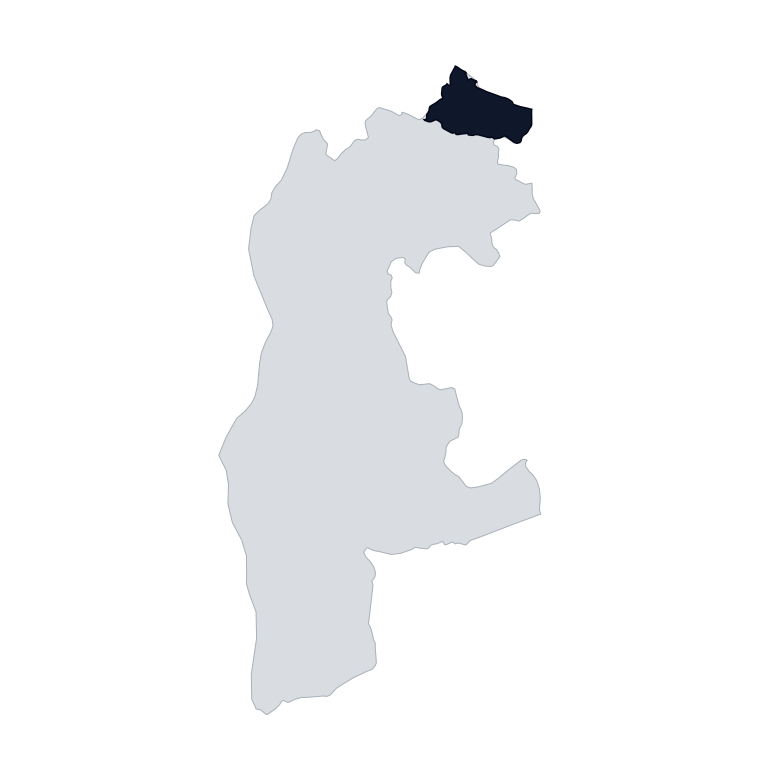 where Kouilou sits in Republic of the Congo, rotated 159°
{"feature_id": "COG-3343", "entity_name": "Kouilou", "entity_type": "Region", "adm_level": 1, "iso_a3": "COG", "parent_name": "Republic of the Congo", "parent_adm1": "", "projection": "albers", "projection_center": [12.097, -4.264], "detail": "fine", "context": "in_parent", "style": "filled", "palette": "ink", "viewbox_px": 768, "rotation_deg": 159, "n_neighbors": 0, "source": "natural_earth", "source_scale": "10m", "svg_char_len": 5621}
<svg xmlns="http://www.w3.org/2000/svg" viewBox="0 0 768 768"><g transform="rotate(159 384 384)"><path d="M148.6,586.2L152.3,576.5L155.1,572.0L158.5,568.9L171.9,561.3L174.0,561.6L183.3,571.5L186.3,572.2L189.6,572.0L193.5,572.4L195.4,570.5L195.7,567.9L192.9,565.1L192.5,562.0L194.5,558.7L195.6,555.1L198.5,550.7L198.8,548.7L195.7,546.5L189.4,543.1L185.1,539.8L183.5,536.7L184.7,532.7L188.1,529.5L187.9,527.7L184.9,524.8L182.6,521.7L180.3,519.7L174.0,518.5L175.2,514.3L177.6,508.2L178.1,503.4L176.3,491.0L176.5,488.8L178.2,487.6L182.0,489.0L185.8,490.9L196.2,488.2L199.8,487.7L202.8,490.1L207.0,492.0L230.9,486.8L231.3,481.5L232.7,476.8L232.9,473.2L231.9,470.9L230.7,469.2L230.0,465.6L230.0,461.7L232.3,459.9L239.9,455.3L242.3,455.5L247.6,458.0L252.6,461.9L257.0,470.2L260.1,477.2L265.0,485.8L275.4,489.3L287.9,491.6L294.6,491.0L304.2,483.7L309.7,478.0L311.5,474.9L314.6,476.5L318.2,484.0L320.5,487.0L321.1,489.7L319.4,493.2L321.0,495.4L327.7,497.0L333.6,495.5L336.2,492.5L340.6,488.5L340.7,485.2L338.3,483.0L338.3,480.0L340.8,477.6L343.2,471.2L343.9,466.5L346.2,463.5L350.6,461.4L352.2,459.5L354.7,448.3L353.5,444.3L353.5,440.9L356.3,436.7L356.8,429.7L354.1,402.1L358.5,380.0L358.1,377.2L355.0,373.8L351.2,370.6L341.4,368.0L337.7,363.9L334.9,359.6L332.8,358.2L322.0,356.4L319.7,354.0L320.6,346.9L321.6,336.6L321.3,329.4L323.2,323.5L325.4,319.2L330.1,314.6L332.7,309.2L334.1,307.8L343.1,306.9L346.3,304.7L348.9,302.4L350.0,299.3L353.1,294.2L355.9,290.7L356.2,288.4L355.6,285.1L352.9,278.7L349.7,273.3L347.7,271.4L343.8,258.8L340.1,255.8L332.9,254.2L319.3,252.8L311.1,255.0L298.7,259.2L283.0,263.8L279.4,263.3L277.7,261.4L280.1,259.8L281.3,255.9L279.8,250.5L277.4,245.4L276.0,238.4L276.7,229.7L279.0,221.4L284.0,210.8L284.3,206.4L314.5,206.8L346.9,206.7L359.3,207.0L365.3,204.3L370.9,208.5L373.7,209.4L374.7,209.1L376.8,212.1L383.9,211.7L385.0,212.4L385.6,216.0L392.1,215.9L395.4,216.7L398.0,216.7L401.8,214.6L404.5,215.3L409.5,218.0L413.0,220.3L418.0,219.6L429.5,220.0L438.4,222.3L447.2,228.4L453.0,232.0L458.3,237.2L460.3,236.3L463.2,234.3L463.1,229.8L460.2,222.2L459.1,215.7L459.7,210.4L462.0,206.7L465.9,204.4L466.3,200.3L484.5,165.5L483.9,161.5L484.4,155.5L485.3,148.8L485.1,144.8L486.3,142.1L491.1,126.3L493.7,123.7L497.6,121.9L503.4,121.9L518.4,120.7L532.4,118.2L537.1,117.1L545.9,112.9L549.3,112.8L552.2,114.4L569.1,119.3L573.8,121.2L575.4,121.0L578.0,121.4L582.0,121.5L585.9,120.9L588.3,121.5L591.4,124.7L593.5,124.4L596.3,122.1L601.4,119.8L611.3,117.3L612.9,118.4L616.2,124.3L619.8,126.3L620.4,137.1L611.9,160.6L594.1,192.2L585.1,217.1L585.0,235.4L584.0,246.9L581.0,253.9L574.0,272.8L572.8,289.0L575.2,309.0L572.7,327.9L565.3,345.7L562.2,359.8L563.8,376.7L550.6,390.8L533.9,404.7L523.1,408.7L514.8,413.3L508.8,418.7L502.5,428.1L492.5,448.2L487.3,457.0L480.6,464.5L470.5,473.6L466.8,478.0L465.3,484.3L465.9,495.9L466.7,531.3L462.1,558.5L452.2,577.3L444.8,587.8L437.4,591.0L427.8,593.8L423.1,597.4L420.3,602.6L414.9,607.1L406.9,611.0L396.8,620.6L384.7,635.9L376.3,644.6L371.9,646.9L367.3,647.0L362.5,645.2L358.5,644.9L356.5,645.8L353.4,643.6L353.4,640.1L352.9,634.3L350.6,628.2L355.9,619.7L355.4,617.8L353.0,614.7L350.2,610.3L347.5,610.6L342.0,614.0L336.1,616.6L330.7,617.7L324.1,621.9L320.4,621.8L318.4,620.2L313.9,618.6L311.5,619.2L310.1,619.9L309.0,630.2L308.1,634.6L306.5,636.6L299.8,638.8L295.2,641.8L291.2,643.9L288.8,643.4L279.0,635.6L273.9,629.2L270.8,629.1L269.9,631.2L268.3,630.2L263.6,625.9L257.9,619.3L255.9,618.2L252.8,618.3L247.8,620.8L243.0,624.6L234.2,628.2L226.9,630.1L226.3,632.6L224.6,636.7L222.2,639.3L215.7,640.1L213.4,643.8L207.8,651.0L204.1,654.3L203.1,652.9L200.9,651.1L196.3,645.6L191.8,638.7L190.5,635.5L189.3,633.7L189.1,626.8L182.2,618.6L165.1,603.9L163.2,599.6L148.6,586.2Z" fill="#d9dde1" stroke="#a8b0b8" stroke-width="1"/><path d="M251.8,616.4L251.3,616.2L250.5,615.9L249.0,616.7L248.3,618.2L247.8,619.7L246.9,620.7L245.8,621.3L244.8,622.1L243.9,623.1L242.6,625.7L241.9,626.4L240.9,626.8L234.0,628.0L229.7,629.4L228.8,629.5L227.1,629.3L226.5,630.2L226.6,632.8L226.3,634.1L223.7,639.3L223.0,640.1L222.1,640.4L220.0,640.7L219.1,640.9L218.2,641.2L217.6,641.7L216.8,640.2L216.3,639.5L215.7,639.2L214.9,639.2L214.6,639.5L212.7,645.9L211.1,648.5L204.1,654.5L203.5,655.2L202.6,654.3L201.7,653.3L200.3,651.0L198.0,648.1L196.4,646.6L195.8,644.9L196.6,644.9L196.6,637.8L193.1,637.8L192.0,636.4L189.3,634.0L189.0,633.2L189.1,632.6L190.5,632.6L191.7,631.3L192.0,629.9L190.9,627.5L183.8,620.4L177.3,614.8L171.6,609.8L168.6,608.0L165.6,605.2L164.4,603.3L164.1,603.0L163.3,601.6L163.1,601.0L163.2,599.6L163.1,598.9L162.9,598.4L157.4,594.0L151.2,590.0L149.2,588.5L147.6,587.5L148.6,585.6L152.7,574.4L153.7,572.4L155.4,571.1L157.5,569.7L159.3,568.1L161.4,566.9L163.9,566.4L166.3,565.6L167.7,563.8L168.9,561.8L170.6,560.7L173.7,561.1L176.0,562.9L181.0,570.9L182.1,572.1L183.4,572.5L186.8,572.1L188.1,572.2L191.7,573.2L192.8,573.3L193.0,573.2L194.2,575.2L194.7,575.5L195.2,575.8L196.6,576.0L198.4,576.9L206.8,583.0L209.0,583.9L209.6,584.1L211.6,584.2L213.5,584.9L214.6,585.6L215.6,586.1L215.9,586.3L216.0,586.6L216.0,587.4L216.1,587.8L216.2,588.1L216.6,588.2L217.9,588.5L219.8,589.1L221.4,589.4L222.9,589.9L224.1,590.0L224.9,590.2L226.3,590.7L226.9,591.0L227.3,591.3L227.3,591.5L227.3,592.1L227.3,592.5L227.5,592.9L227.8,593.1L230.0,593.6L230.6,594.0L231.2,594.5L236.4,600.5L237.0,601.5L237.4,602.1L237.5,602.6L237.6,603.0L237.0,605.9L237.0,606.4L237.0,606.9L237.2,607.4L237.6,608.4L239.8,611.4L240.4,611.8L240.9,612.1L241.4,612.2L241.9,612.2L245.9,612.0L246.4,612.1L247.0,612.3L248.0,612.7L248.6,613.1L249.8,614.0L251.6,615.7L251.8,616.4Z" fill="#0f172a" stroke="#020617" stroke-width="1.5"/></g></svg>